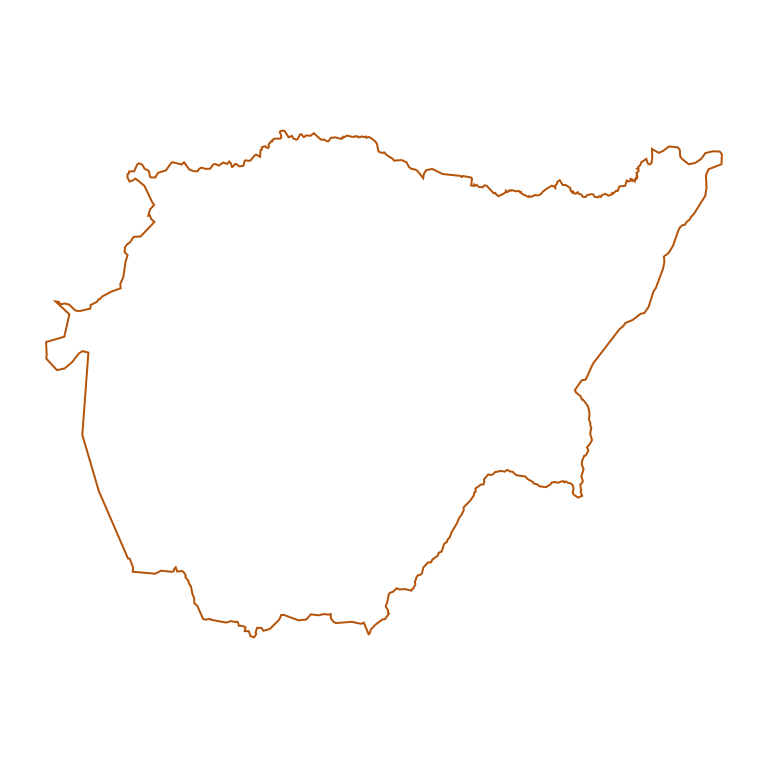 Nkoranza South, Brong Ahafo, Ghana (Natural Earth projection)
{"feature_id": "2480657B38880944597072", "entity_name": "Nkoranza South", "entity_type": "district", "adm_level": 2, "iso_a3": "GHA", "parent_name": "Ghana", "parent_adm1": "Brong Ahafo", "projection": "natural_earth1", "projection_center": [-1.641, 7.453], "detail": "fine", "context": "isolated", "style": "outline", "palette": "amber", "viewbox_px": 768, "rotation_deg": 0, "n_neighbors": 0, "source": "geoboundaries", "source_scale": "gbopen_adm2", "svg_char_len": 6102}
<svg xmlns="http://www.w3.org/2000/svg" viewBox="0 0 768 768"><path d="M184.0,162.3L181.7,164.5L172.7,162.2L171.2,163.0L166.0,170.3L158.1,172.8L155.2,177.5L150.9,177.4L149.8,176.3L149.2,171.8L148.2,170.5L144.6,168.8L142.3,164.7L138.7,163.3L137.1,164.7L134.2,171.2L129.1,171.5L128.9,173.4L127.7,173.9L127.3,177.0L129.5,181.5L131.5,181.1L135.5,178.6L144.4,185.8L152.3,202.4L154.2,204.9L150.1,209.3L148.3,215.6L149.7,215.2L151.2,219.0L154.4,222.0L140.6,236.5L133.7,236.8L130.2,242.1L126.9,244.5L124.9,247.5L124.6,252.1L127.6,255.1L125.6,261.6L123.3,277.1L120.3,283.8L120.7,288.2L111.2,291.7L102.3,296.4L99.7,299.2L98.7,299.2L96.9,301.9L90.7,305.0L90.3,308.6L79.1,311.2L75.3,310.4L69.1,304.6L64.9,303.5L60.3,304.3L58.7,301.8L55.6,301.5L69.4,314.3L64.3,336.7L46.1,342.0L46.7,355.2L46.2,358.5L56.9,370.1L64.5,368.5L72.2,362.0L78.9,353.4L82.5,351.1L88.4,352.6L82.3,434.8L98.8,491.0L128.0,558.5L129.6,558.6L130.0,559.4L133.1,567.6L132.7,571.7L155.3,573.7L161.1,570.7L171.4,571.8L173.7,571.2L174.2,568.9L175.7,567.3L177.3,571.6L181.9,571.0L183.4,571.8L185.7,575.3L185.4,577.1L188.6,581.2L188.8,583.2L191.0,586.7L192.3,593.6L194.2,598.3L194.3,603.2L197.3,605.9L203.2,619.1L205.7,619.6L210.4,619.0L211.2,619.8L226.4,622.6L230.6,621.1L235.2,622.0L236.7,621.5L237.9,622.3L239.0,625.9L242.4,625.9L245.6,627.3L244.7,631.1L248.8,631.2L250.4,636.1L254.1,637.3L256.3,633.9L255.6,632.3L257.1,627.8L261.5,628.0L263.5,630.8L269.9,628.9L278.2,620.7L279.9,618.4L281.1,615.0L283.8,614.9L298.4,620.3L306.4,619.5L310.7,614.4L319.0,615.3L323.5,614.1L328.4,614.6L330.7,614.1L330.9,618.4L333.5,621.8L335.8,623.1L351.6,621.8L361.0,623.8L363.8,622.7L368.6,634.2L369.7,633.3L370.8,629.6L375.5,624.6L382.2,619.6L385.0,619.1L389.0,613.5L388.0,612.7L388.1,610.6L385.9,606.8L385.9,605.5L387.1,602.8L388.9,593.9L389.9,592.8L392.8,591.9L396.8,588.3L399.4,589.4L405.0,589.1L411.4,590.6L412.1,589.1L413.3,588.5L415.4,584.2L414.9,582.0L416.3,577.9L417.5,575.6L421.0,574.5L421.9,573.4L423.4,567.4L428.0,562.5L431.0,562.3L432.4,559.5L437.6,555.8L438.8,552.7L441.6,551.6L444.2,543.8L446.6,542.2L447.8,539.4L450.0,537.0L451.5,532.4L457.2,522.9L458.6,518.8L461.9,514.1L463.7,510.3L463.6,507.4L470.0,500.9L473.7,495.7L474.3,492.4L475.6,491.9L475.5,488.5L480.8,484.6L483.5,484.4L484.3,482.2L484.0,479.4L488.1,474.5L490.7,474.9L493.1,474.3L495.0,472.1L501.3,470.9L504.7,471.7L507.0,470.0L508.0,470.1L509.6,471.4L512.5,471.7L516.3,475.2L525.3,476.5L527.7,479.1L532.9,482.0L533.6,483.5L537.5,484.5L539.6,486.3L545.9,487.2L550.2,484.6L551.9,482.4L556.1,482.1L557.9,482.8L563.1,481.0L564.2,482.4L565.9,481.4L567.7,482.7L570.8,483.4L572.6,485.2L573.6,488.3L572.7,492.5L573.7,494.6L578.1,497.6L582.2,495.8L580.7,492.0L581.1,490.4L580.3,484.6L582.5,482.3L582.8,480.7L581.3,476.6L583.6,469.1L581.9,464.9L581.9,461.7L584.2,455.7L585.6,455.6L587.8,451.8L588.3,450.1L587.0,447.3L590.1,443.7L592.0,440.0L590.2,433.8L591.3,427.5L590.2,425.4L590.4,423.1L588.9,419.4L589.5,415.3L589.1,410.8L587.7,405.9L583.1,399.7L581.9,399.6L580.6,396.2L576.1,392.6L574.9,390.1L581.6,380.4L585.7,379.5L593.0,363.6L619.6,329.0L623.4,326.0L625.2,323.1L632.7,319.9L640.6,313.8L644.3,313.1L648.6,306.9L653.5,291.3L655.9,287.9L663.0,268.8L664.4,261.9L663.9,256.6L668.6,253.0L673.0,245.8L678.5,230.0L680.1,227.2L682.4,225.2L684.7,224.9L686.8,221.7L689.4,219.9L691.3,216.6L693.8,214.1L705.2,195.9L706.5,187.8L705.9,175.7L708.4,169.3L721.5,164.2L721.9,154.4L719.7,151.5L712.6,151.3L705.4,153.1L701.1,159.0L695.1,163.0L688.7,164.2L682.6,159.4L680.2,156.5L679.8,150.0L677.9,147.4L668.9,146.5L663.0,151.0L658.8,152.9L652.0,149.0L652.3,158.1L651.5,163.0L650.0,164.4L647.8,163.5L646.3,158.9L641.1,162.4L640.3,165.1L638.2,166.9L638.5,168.1L637.1,168.7L638.5,169.8L638.5,171.3L636.4,173.1L637.1,174.2L636.6,175.8L637.5,176.3L636.7,178.7L635.7,178.2L634.9,181.3L633.9,180.2L632.3,181.0L632.1,179.4L630.6,178.9L630.7,180.1L628.6,181.6L626.8,180.5L625.1,185.8L619.6,186.4L618.8,187.4L618.1,190.4L617.5,191.0L616.4,190.6L613.1,193.6L612.1,193.0L611.6,194.5L608.3,195.7L605.3,193.8L601.5,195.4L600.9,196.9L599.3,196.2L598.0,197.4L594.7,196.9L593.1,194.4L591.6,194.1L587.2,195.1L585.6,197.0L584.5,197.0L582.7,196.7L581.4,194.5L579.0,193.9L577.7,192.2L575.8,193.7L572.9,193.0L573.4,191.9L572.7,191.1L571.5,191.7L570.6,190.6L570.3,188.0L565.6,184.9L562.7,185.0L559.7,180.2L557.3,181.9L557.2,183.5L555.6,185.0L555.3,187.9L554.4,186.7L551.8,185.7L546.6,188.8L543.0,191.5L540.5,194.4L538.4,195.4L534.9,195.1L530.9,196.9L529.2,196.1L528.5,197.0L523.1,194.4L521.3,193.1L521.0,191.9L520.2,192.4L518.7,190.9L515.9,191.3L511.8,190.1L510.6,190.9L509.6,190.2L507.4,192.1L505.9,190.7L505.7,192.1L504.1,193.4L498.5,196.2L496.3,194.6L495.4,192.9L493.7,193.3L486.4,185.5L484.2,185.5L482.7,187.3L478.8,186.9L476.6,184.9L475.2,185.7L474.2,184.5L473.7,185.9L471.2,185.5L472.0,178.5L470.9,177.5L463.0,176.0L461.8,177.1L460.5,175.9L442.5,174.0L432.2,168.9L426.3,170.2L423.9,173.7L423.2,178.2L417.8,171.3L415.9,169.8L411.0,168.6L408.9,167.0L406.5,162.3L401.8,160.1L394.0,160.6L392.6,158.7L386.8,155.2L384.3,152.4L383.1,152.9L379.5,152.2L378.3,150.9L377.0,144.0L375.4,141.5L371.0,138.0L368.7,137.0L366.4,137.9L366.0,136.6L363.5,137.1L362.5,136.4L358.5,137.4L358.0,136.6L355.7,136.1L355.3,136.7L352.4,136.8L346.8,135.6L343.0,137.9L342.8,137.2L341.3,138.9L335.6,137.4L330.8,137.8L328.6,141.1L327.4,141.4L324.6,139.7L321.0,139.7L313.8,133.2L310.5,135.8L306.0,135.4L304.4,137.0L303.6,137.0L301.3,134.2L300.3,134.3L297.3,139.3L296.4,139.7L293.5,138.5L291.8,135.9L288.6,137.3L285.0,131.5L283.7,130.7L281.7,130.8L280.1,131.4L279.8,132.4L281.1,135.3L281.1,137.9L280.3,138.7L274.6,138.7L272.7,139.8L272.0,140.6L272.4,141.2L270.6,141.9L268.6,144.5L268.9,146.8L268.3,147.8L267.3,147.9L265.1,146.2L261.8,147.3L261.8,149.7L260.5,150.1L260.1,156.8L256.7,154.9L255.1,154.9L250.7,160.3L248.6,160.9L245.7,160.3L244.6,161.0L243.5,165.5L242.6,166.0L239.1,166.3L236.4,164.0L235.1,164.0L232.6,166.9L231.9,166.9L231.1,163.8L229.4,161.5L227.1,163.9L223.2,162.5L219.0,165.5L215.1,164.0L213.2,164.6L210.1,168.7L205.7,168.9L201.6,167.6L199.1,168.9L197.4,171.3L193.8,171.2L189.4,169.6L184.0,162.3Z" fill="none" stroke="#b45309" stroke-width="2"/></svg>